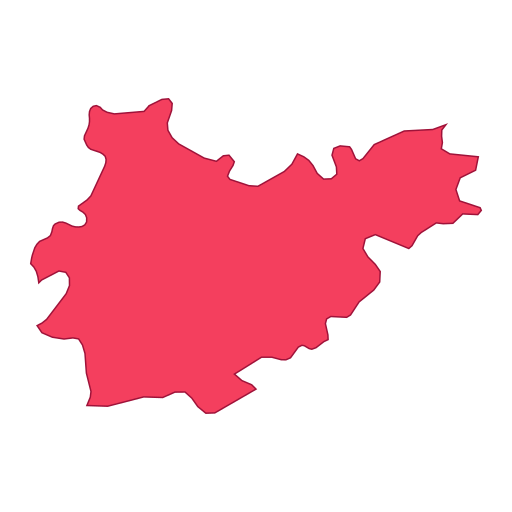 an SVG outline of Tarn-et-Garonne
{"feature_id": "FRA-5347", "entity_name": "Tarn-et-Garonne", "entity_type": "Metropolitan department", "adm_level": 1, "iso_a3": "FRA", "parent_name": "France", "parent_adm1": "", "projection": "orthographic", "projection_center": [1.243, 44.083], "detail": "fine", "context": "isolated", "style": "filled", "palette": "rose", "viewbox_px": 512, "rotation_deg": 0, "n_neighbors": 0, "source": "natural_earth", "source_scale": "10m", "svg_char_len": 2283}
<svg xmlns="http://www.w3.org/2000/svg" viewBox="0 0 512 512"><path d="M481.3,210.4L477.8,214.6L462.7,213.9L452.9,223.3L443.2,223.7L436.3,222.9L421.2,232.5L417.7,235.7L412.0,245.7L408.8,248.5L375.3,234.6L365.3,238.7L362.9,248.5L367.9,256.9L375.3,264.4L380.2,271.5L379.7,282.0L373.8,290.0L359.1,301.9L350.5,315.0L346.7,317.3L330.8,316.5L326.6,318.9L325.4,323.6L327.9,334.9L328.1,339.6L323.9,341.6L316.0,347.7L311.8,349.2L309.2,348.6L304.3,345.7L301.9,345.3L298.3,347.1L290.5,357.8L285.9,359.8L281.2,359.7L271.8,357.2L261.5,357.2L234.4,374.1L241.9,380.6L251.7,384.8L256.0,389.1L214.8,412.9L205.8,413.2L197.8,406.6L191.8,398.1L185.0,392.0L174.9,392.1L162.7,397.5L143.7,396.9L107.7,406.2L86.9,405.5L90.3,397.2L91.0,391.5L86.4,373.1L85.0,353.5L82.5,345.0L78.6,338.9L72.9,337.9L64.0,339.0L52.3,337.2L41.9,332.7L37.1,325.6L42.1,323.0L46.7,319.3L66.2,293.7L69.5,285.6L69.4,277.8L65.8,272.3L58.9,271.0L41.6,280.0L38.8,282.8L37.9,276.7L36.3,271.3L33.9,267.1L30.7,263.7L31.7,257.9L32.4,255.0L34.8,247.8L36.9,244.3L39.6,241.4L47.5,237.9L50.4,235.6L51.9,231.7L52.5,228.6L53.5,225.7L55.1,224.0L59.1,222.2L62.6,222.1L65.9,223.1L72.1,226.1L75.5,226.9L78.8,227.0L82.0,226.5L84.8,224.9L86.6,222.0L86.7,217.8L85.4,214.5L82.9,212.1L80.0,210.4L78.2,208.7L78.5,206.1L86.9,200.1L90.9,195.9L104.7,166.2L105.8,162.8L106.1,159.5L105.2,156.3L102.9,154.1L100.1,152.4L90.8,149.3L88.4,147.5L86.7,145.0L84.1,139.2L84.5,135.8L88.0,128.2L89.1,124.7L89.5,121.6L89.5,118.3L89.2,114.9L89.5,111.6L90.7,108.5L93.2,106.3L96.4,105.6L100.2,107.3L102.5,109.9L107.1,112.3L114.4,113.9L144.1,111.4L148.8,106.1L148.9,105.8L161.9,99.4L168.6,98.8L172.2,103.4L171.6,110.5L167.3,122.9L167.9,130.3L172.1,137.7L178.7,143.9L204.2,158.1L216.4,161.3L223.3,155.8L229.0,155.2L234.3,161.7L233.0,165.5L229.6,170.9L227.5,176.2L229.9,179.4L248.9,185.7L257.9,186.3L284.3,171.5L291.9,164.2L297.5,153.9L303.8,156.8L308.8,160.4L313.0,165.6L317.2,173.4L323.6,179.1L331.3,178.8L336.8,174.2L336.4,166.9L332.0,155.2L333.8,148.4L340.1,145.9L349.6,146.8L351.5,149.4L355.6,158.8L359.3,160.8L363.0,158.6L374.2,144.6L404.2,131.0L432.8,129.5L445.9,124.7L441.8,130.0L441.6,136.2L442.4,142.6L441.3,148.8L449.8,153.9L478.3,156.8L475.6,170.2L460.2,177.8L455.9,189.5L459.6,200.9L480.1,207.7L481.3,210.4Z" fill="#f43f5e" stroke="#9f1239" stroke-width="1.5"/></svg>